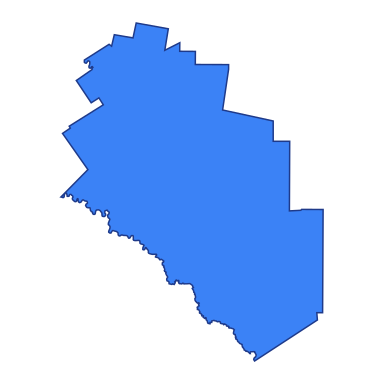 Salavina, Santiago del Estero, Argentina
{"feature_id": "61730980B95866867056524", "entity_name": "Salavina", "entity_type": "district", "adm_level": 2, "iso_a3": "ARG", "parent_name": "Argentina", "parent_adm1": "Santiago del Estero", "projection": "albers", "projection_center": [-63.402, -28.927], "detail": "fine", "context": "isolated", "style": "filled", "palette": "blue", "viewbox_px": 384, "rotation_deg": 0, "n_neighbors": 0, "source": "geoboundaries", "source_scale": "gbopen_adm2", "svg_char_len": 5973}
<svg xmlns="http://www.w3.org/2000/svg" viewBox="0 0 384 384"><path d="M84.4,60.0L84.3,61.1L84.4,62.4L85.2,63.0L86.2,63.2L87.0,62.3L87.5,61.4L88.2,60.8L89.0,61.1L89.7,61.7L89.8,63.0L89.6,64.7L89.1,65.6L88.9,66.9L89.2,67.8L90.1,68.2L90.9,68.0L91.5,66.8L92.3,66.6L92.9,67.4L92.0,68.5L92.1,69.5L76.3,80.5L91.2,102.8L98.9,97.9L103.3,104.8L69.2,126.2L70.3,128.1L62.5,133.4L87.9,169.6L60.9,197.0L61.9,197.2L62.4,197.5L63.6,197.5L64.0,197.0L64.2,196.5L64.3,195.4L64.9,193.6L65.4,193.0L66.0,193.0L66.6,193.3L66.7,194.0L67.0,194.9L67.2,196.3L68.1,196.4L68.6,196.3L69.1,196.1L69.2,195.5L69.6,194.7L70.0,194.4L70.9,194.4L71.3,194.7L71.7,195.3L72.4,195.6L72.8,196.2L72.9,197.4L72.4,198.1L72.3,198.9L72.8,199.9L73.5,200.4L74.2,201.2L75.1,201.7L76.0,201.6L76.5,201.1L76.8,200.2L77.0,199.2L77.5,198.7L78.1,199.0L78.1,200.8L78.5,201.8L78.8,202.1L79.5,202.6L80.4,202.4L81.2,201.9L82.1,200.4L82.6,200.0L83.4,199.9L84.3,200.6L85.0,201.0L86.8,201.2L87.3,202.0L87.4,202.5L87.4,203.2L87.1,203.6L86.4,203.9L86.0,204.3L85.6,205.5L86.2,206.6L86.8,207.4L88.1,207.8L89.3,207.7L90.0,207.9L90.3,209.0L90.3,210.0L91.3,211.6L92.1,211.9L92.6,212.6L92.6,213.4L93.3,214.3L94.3,214.4L94.9,214.2L95.3,213.5L95.4,212.5L95.6,211.8L95.7,211.1L96.4,210.1L98.3,209.8L99.0,210.0L99.8,210.4L100.5,211.0L100.7,211.5L101.6,212.5L101.9,213.3L102.0,215.3L102.4,216.3L104.1,216.6L104.8,216.2L105.3,215.8L105.7,215.2L105.7,214.5L105.6,213.9L105.0,213.4L104.8,212.6L104.8,211.1L105.2,210.8L106.7,210.2L107.4,210.3L107.6,210.9L108.4,211.7L109.1,212.1L109.2,212.8L108.9,213.9L108.2,214.4L107.7,215.2L107.7,216.1L107.9,217.1L108.5,218.0L109.2,218.3L109.6,218.8L109.8,219.5L108.4,223.0L108.3,224.3L108.5,224.8L109.2,225.2L109.6,225.8L110.0,226.5L110.0,227.9L109.6,229.2L109.2,230.0L108.7,231.3L108.7,232.2L109.3,232.7L110.0,233.1L111.0,233.0L111.5,232.0L112.5,230.6L113.3,230.6L115.1,231.2L116.0,231.3L117.5,232.2L118.0,232.9L118.2,235.0L119.1,235.9L120.0,235.9L121.3,235.0L122.7,235.1L123.4,235.4L126.2,235.5L126.9,235.7L127.7,236.3L128.2,237.5L128.6,238.1L129.6,238.1L130.0,237.8L130.8,236.4L131.5,235.6L132.9,235.6L133.2,236.1L133.3,236.8L133.3,238.7L133.2,239.5L133.6,240.2L134.5,240.5L135.2,240.6L135.9,240.6L138.1,240.4L139.3,240.5L139.7,240.8L139.9,241.5L140.0,243.2L140.6,243.8L143.0,244.5L143.7,244.9L144.0,245.3L143.7,246.0L143.4,246.4L143.2,247.1L142.9,247.7L142.8,249.4L143.2,249.8L144.0,249.8L144.5,249.6L144.9,249.1L145.1,248.4L145.4,247.7L145.9,247.6L146.4,248.0L146.7,248.8L147.3,249.2L148.4,250.7L148.3,252.3L148.6,253.1L149.5,253.6L150.9,254.0L152.2,254.3L154.2,254.3L155.5,254.2L156.4,254.3L156.6,254.6L156.6,255.2L155.6,256.2L155.5,257.0L156.3,257.3L157.4,257.4L159.0,258.4L159.2,258.9L159.7,259.7L160.6,259.7L160.8,259.4L161.2,259.3L161.7,259.5L162.4,260.0L163.7,260.9L163.7,261.5L163.6,261.9L163.4,262.2L162.6,262.3L162.3,263.0L162.3,264.8L163.5,265.6L163.9,266.0L163.9,266.6L163.6,266.9L164.3,267.9L164.5,268.7L164.7,269.4L164.6,270.6L164.4,270.7L164.7,271.4L165.3,271.7L165.8,271.9L166.1,272.2L165.7,272.9L166.1,274.3L166.5,275.1L167.6,276.7L167.6,277.5L166.9,278.3L166.7,279.1L166.7,279.6L167.0,280.8L168.3,281.3L168.8,281.7L169.0,282.2L169.0,283.1L169.1,283.8L170.0,284.0L170.7,284.0L171.0,284.3L171.6,284.4L172.0,284.4L172.7,283.8L173.6,284.3L174.2,284.5L174.5,284.0L174.6,283.5L175.2,282.9L175.1,282.4L174.8,281.8L175.4,281.6L175.5,280.8L176.1,280.1L176.6,280.1L176.8,280.6L177.1,281.0L177.7,280.9L178.2,280.5L178.7,280.5L178.9,281.0L178.6,282.5L179.0,282.9L179.0,283.4L179.6,283.7L180.6,283.7L181.7,283.9L182.1,283.7L182.7,283.2L183.5,283.4L183.5,283.7L184.1,283.9L185.2,283.8L187.0,283.8L187.8,283.7L189.9,283.6L190.6,284.0L191.0,284.4L191.9,285.0L192.6,285.7L192.6,286.3L193.4,287.6L192.8,287.9L192.2,288.4L192.7,289.3L193.4,290.0L193.4,290.7L193.8,291.4L193.8,292.3L194.5,292.9L194.7,293.4L194.6,294.5L195.2,294.9L195.3,295.9L195.6,296.9L195.4,298.0L194.9,298.5L195.0,300.1L195.6,301.3L196.4,301.9L196.6,302.5L197.6,302.9L197.9,303.4L198.5,303.1L198.7,302.8L199.2,303.2L198.8,303.9L198.7,304.8L199.1,305.8L198.5,306.0L198.0,306.5L197.8,307.0L197.2,307.3L197.6,308.1L197.3,308.9L197.4,309.5L198.4,309.6L198.9,310.0L199.3,310.9L199.7,311.4L199.8,311.8L199.5,312.4L199.6,313.1L200.5,313.3L201.0,313.6L201.4,314.6L201.9,314.8L201.7,315.4L202.0,316.0L203.4,315.9L203.5,316.3L203.3,316.7L203.2,317.3L204.0,317.8L204.7,318.4L205.3,318.1L205.6,317.7L206.1,317.9L206.2,318.3L206.0,319.0L206.2,319.9L206.8,320.3L207.3,321.0L207.3,321.5L207.5,322.2L207.7,322.5L207.7,322.9L208.2,323.4L208.9,323.4L209.2,323.7L210.1,323.7L210.1,322.4L210.5,322.4L211.7,322.4L211.7,321.0L212.0,320.9L212.4,320.9L213.3,320.5L214.1,320.4L215.0,320.9L215.9,320.9L216.6,321.1L217.0,321.6L217.9,321.8L219.0,321.4L220.3,322.0L220.4,322.5L220.4,323.0L220.6,323.4L221.7,323.7L223.0,323.8L223.7,324.7L224.1,324.5L224.5,324.0L225.3,324.3L225.8,324.7L226.6,325.1L226.6,326.0L227.4,326.2L228.6,326.2L228.9,326.6L228.9,326.8L228.7,327.1L228.7,327.5L229.0,328.0L231.1,328.1L232.3,328.6L233.1,328.7L234.3,329.8L233.9,330.5L233.7,331.7L233.5,332.4L233.5,333.6L234.1,334.3L235.2,334.5L235.3,334.9L235.3,335.9L235.7,336.3L235.9,337.0L235.5,337.3L236.0,337.9L235.7,338.6L236.1,339.3L236.9,339.4L237.4,340.2L237.5,341.0L238.2,341.9L238.8,342.1L239.0,342.6L239.8,343.5L240.7,343.7L241.3,344.3L242.1,344.5L242.1,345.4L242.4,346.9L242.9,347.2L242.9,347.6L243.4,348.1L243.7,348.5L244.1,349.3L244.2,350.0L244.7,350.1L245.3,350.6L245.5,350.8L245.9,350.8L246.0,351.3L247.5,351.4L248.9,352.5L249.8,353.6L250.3,353.6L250.0,352.5L250.8,351.7L251.5,351.8L253.6,351.6L254.6,351.7L254.6,352.5L255.3,353.0L255.5,353.8L256.1,354.6L256.1,355.4L255.8,356.4L255.4,357.1L254.5,357.5L253.7,359.2L254.1,360.3L254.6,361.0L317.4,320.0L316.8,312.7L322.6,312.7L323.1,209.5L301.6,209.4L300.8,210.3L289.4,210.9L289.7,141.3L273.2,141.3L273.2,121.0L222.6,110.0L228.6,69.3L228.6,64.6L195.3,64.5L195.4,51.4L179.7,51.3L179.8,42.7L164.8,50.3L168.3,28.8L136.2,23.0L133.0,37.9L114.3,34.7L111.6,46.2L109.1,44.3L84.4,60.0Z" fill="#3b82f6" stroke="#1e3a8a" stroke-width="1.5"/></svg>